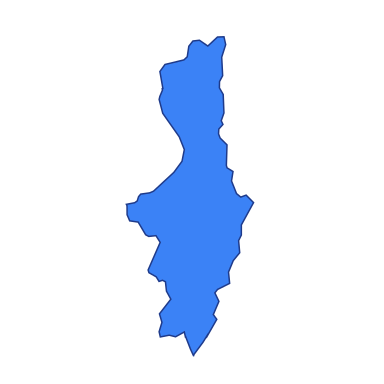 Dungannon, Robinson projection, rotated 105°
{"feature_id": "GBR-2089", "entity_name": "Dungannon", "entity_type": "District", "adm_level": 1, "iso_a3": "GBR", "parent_name": "United Kingdom", "parent_adm1": "", "projection": "robinson", "projection_center": [-6.923, 54.449], "detail": "fine", "context": "isolated", "style": "filled", "palette": "blue", "viewbox_px": 384, "rotation_deg": 105, "n_neighbors": 0, "source": "natural_earth", "source_scale": "10m", "svg_char_len": 1280}
<svg xmlns="http://www.w3.org/2000/svg" viewBox="0 0 384 384"><g transform="rotate(105 192 192)"><path d="M220.9,252.2L217.2,244.6L214.8,242.6L210.3,242.4L207.3,241.0L203.8,232.7L201.2,229.4L177.7,214.6L164.9,209.6L153.0,210.4L142.0,218.6L123.6,240.6L111.1,247.7L108.0,247.8L101.4,246.9L99.9,247.5L99.8,247.3L99.6,246.9L83.9,254.2L75.8,251.1L66.5,234.0L62.6,231.6L52.0,232.8L45.9,230.2L43.5,224.1L46.9,214.5L35.7,207.5L33.8,201.3L40.9,197.6L54.1,198.2L71.7,192.5L78.2,194.0L84.3,192.5L89.7,187.1L107.4,181.6L115.6,182.2L118.7,179.6L124.3,182.4L129.0,181.4L132.6,178.8L137.4,170.4L157.4,165.7L159.6,164.4L161.6,157.7L171.1,156.7L182.0,148.6L184.3,143.6L181.0,138.9L186.3,129.8L211.0,135.8L220.8,133.2L226.9,134.4L238.3,130.2L247.6,134.4L259.9,136.0L270.5,132.0L279.5,142.1L283.5,143.8L290.7,137.7L304.9,139.7L308.6,135.1L327.2,140.0L326.6,140.2L334.3,142.5L349.0,148.3L350.2,147.8L344.3,152.7L333.4,160.7L333.6,160.9L329.2,163.2L336.1,170.4L336.2,176.9L340.2,185.1L335.5,187.6L325.7,187.3L318.1,191.9L301.0,184.7L294.4,191.0L285.6,194.4L284.9,197.6L286.9,200.7L283.2,204.6L281.1,212.7L278.7,214.2L248.9,209.7L243.5,215.5L246.1,222.3L245.3,225.7L235.0,236.2L236.0,244.7L230.8,248.8L223.5,250.8L221.9,251.3L220.9,252.2Z" fill="#3b82f6" stroke="#1e3a8a" stroke-width="1.5"/></g></svg>